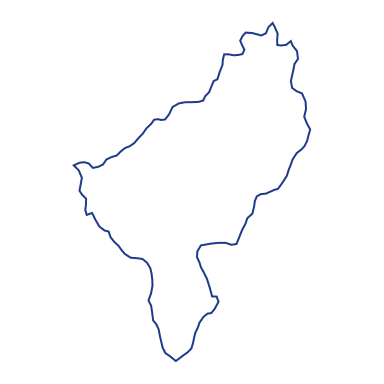 the district of Itapeva, Minas Gerais, Brazil
{"feature_id": "56859067B98059266362656", "entity_name": "Itapeva", "entity_type": "district", "adm_level": 2, "iso_a3": "BRA", "parent_name": "Brazil", "parent_adm1": "Minas Gerais", "projection": "equal_earth", "projection_center": [-46.209, -22.707], "detail": "fine", "context": "isolated", "style": "outline", "palette": "blue", "viewbox_px": 384, "rotation_deg": 0, "n_neighbors": 0, "source": "geoboundaries", "source_scale": "gbopen_adm2", "svg_char_len": 2096}
<svg xmlns="http://www.w3.org/2000/svg" viewBox="0 0 384 384"><path d="M310.2,129.3L307.2,124.2L304.2,116.8L306.0,109.0L305.6,101.7L302.0,93.4L296.6,91.2L292.1,87.9L290.9,81.2L292.0,75.8L293.4,69.9L294.5,64.0L298.0,58.9L297.0,51.1L292.7,45.7L290.8,41.1L286.3,44.8L281.1,45.5L277.3,45.0L277.1,39.8L277.7,33.8L274.9,27.4L272.7,23.0L268.5,27.1L265.9,33.3L261.2,35.5L257.4,34.4L252.0,33.0L245.6,32.6L242.4,36.3L240.2,40.6L242.0,45.0L244.4,49.7L242.4,54.1L238.6,54.9L233.9,55.3L228.5,54.3L224.2,54.3L222.8,59.9L222.5,64.9L219.7,72.0L217.4,79.3L213.7,81.0L211.5,86.3L209.1,92.2L205.2,96.2L203.1,100.6L198.4,101.9L191.2,102.2L185.2,102.2L178.8,103.4L172.6,107.0L169.0,114.4L165.1,119.4L161.5,120.0L157.9,119.2L154.1,119.7L151.3,123.7L146.3,128.5L143.0,133.4L138.5,138.1L134.2,143.1L129.6,146.3L125.2,147.9L120.7,151.5L116.8,155.5L111.4,157.1L106.4,159.5L103.1,164.4L98.3,166.8L92.9,167.9L88.8,163.5L84.3,162.2L79.6,162.7L73.8,165.4L78.7,170.3L81.9,177.8L80.6,184.8L79.5,190.7L81.9,194.5L86.1,198.7L85.9,205.0L85.3,210.1L86.7,214.9L92.1,213.0L95.7,220.3L99.5,226.7L104.6,230.5L108.6,231.5L110.6,237.3L114.4,242.0L118.6,245.9L121.2,249.6L124.8,253.9L130.6,257.7L137.9,258.3L142.5,259.0L147.1,262.8L150.3,268.2L151.5,273.3L152.3,279.8L152.5,285.6L151.1,293.2L148.5,300.5L151.1,305.6L152.1,312.2L153.1,320.3L156.5,324.6L158.7,329.5L159.9,336.0L161.2,341.6L162.6,347.5L165.4,353.1L169.8,356.1L175.8,361.0L180.6,357.5L183.8,355.0L187.8,352.2L191.4,348.4L193.1,342.7L194.2,337.3L195.5,332.3L197.7,327.9L199.5,322.7L203.3,317.1L207.5,313.6L211.3,313.1L214.6,309.0L218.5,301.8L216.7,296.6L212.1,296.4L209.7,287.5L206.9,278.7L203.4,271.7L200.9,267.2L199.4,262.3L197.0,257.2L197.3,251.5L200.9,245.4L210.5,243.7L217.9,242.9L225.9,242.9L231.4,244.8L236.5,244.0L239.3,237.0L242.1,230.0L245.2,224.3L247.4,218.1L252.4,213.6L254.2,206.1L254.8,201.2L256.8,196.4L260.6,194.2L266.0,193.6L270.7,191.5L274.3,189.9L277.9,188.9L281.1,184.6L284.0,180.3L286.9,175.7L288.7,169.8L290.5,165.4L292.7,159.2L296.8,153.0L301.6,149.3L304.6,146.0L307.0,141.2L308.6,135.0L310.2,129.3Z" fill="none" stroke="#1e3a8a" stroke-width="2"/></svg>